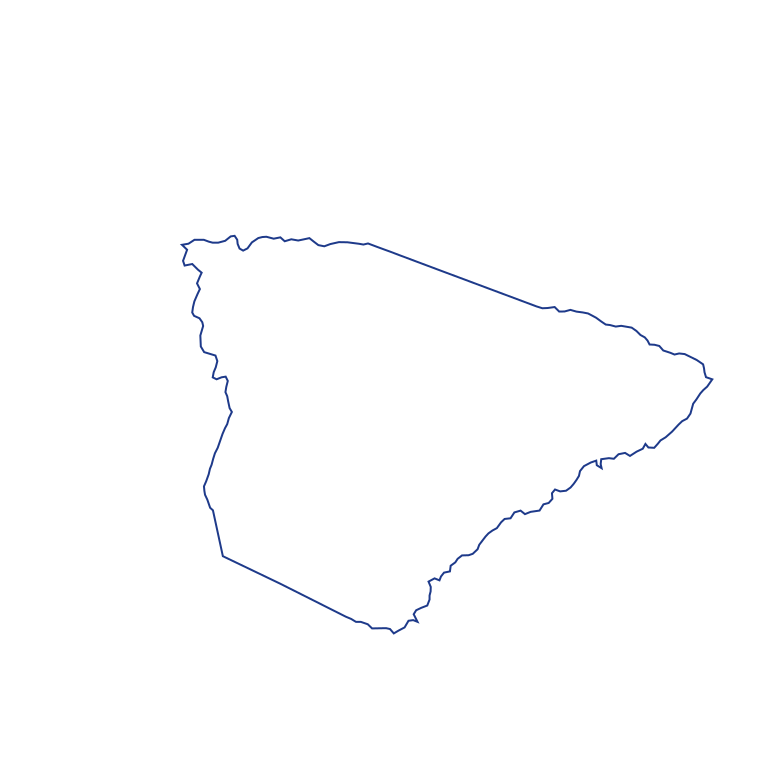 Buritirana, Maranhão, Brazil, rotated 44°
{"feature_id": "56859067B76423615647039", "entity_name": "Buritirana", "entity_type": "district", "adm_level": 2, "iso_a3": "BRA", "parent_name": "Brazil", "parent_adm1": "Maranhão", "projection": "natural_earth1", "projection_center": [-47.054, -5.512], "detail": "fine", "context": "isolated", "style": "outline", "palette": "blue", "viewbox_px": 768, "rotation_deg": 44, "n_neighbors": 0, "source": "geoboundaries", "source_scale": "gbopen_adm2", "svg_char_len": 2829}
<svg xmlns="http://www.w3.org/2000/svg" viewBox="0 0 768 768"><g transform="rotate(44 384 384)"><path d="M616.9,152.6L610.9,155.4L606.4,152.9L603.3,150.4L599.9,148.2L592.3,149.5L579.5,153.6L575.1,157.0L572.5,161.0L568.4,162.6L561.6,165.9L555.6,165.4L551.3,167.9L547.6,171.1L543.4,169.7L539.2,169.3L534.4,170.6L528.8,170.5L523.0,171.4L514.2,177.4L510.8,181.7L505.6,184.6L502.2,187.2L497.0,188.1L490.5,189.0L485.9,190.3L481.8,191.5L477.2,194.5L472.2,198.2L466.6,201.2L463.5,206.4L459.7,210.2L453.3,210.1L448.9,215.7L445.3,219.5L439.7,222.3L345.5,263.3L306.1,280.4L296.3,284.6L292.3,286.4L283.7,290.2L274.9,294.0L272.3,298.0L268.6,300.5L259.2,307.5L253.0,313.3L248.2,320.6L245.4,326.4L240.3,329.7L234.2,330.4L229.0,330.9L225.8,335.7L222.6,340.4L216.8,344.3L213.4,350.3L207.6,350.5L203.7,356.1L197.1,359.8L194.4,362.8L192.2,366.3L190.6,373.9L191.6,381.3L190.0,385.9L186.0,386.9L181.4,384.9L178.2,382.2L173.6,381.2L171.2,384.3L170.3,391.3L166.5,397.6L162.5,401.4L159.1,403.3L154.3,405.4L147.5,411.9L145.9,418.9L142.0,424.2L149.1,424.2L153.9,435.0L158.3,437.3L162.7,430.9L170.8,431.0L175.5,430.6L176.9,434.6L179.6,441.5L185.6,443.6L187.4,448.9L190.2,456.3L193.2,461.4L196.4,465.8L200.0,466.9L205.6,464.9L210.4,465.8L213.6,467.9L218.2,476.7L226.2,484.3L232.5,486.0L243.0,480.6L248.2,483.3L251.4,488.9L253.3,493.8L256.2,498.2L260.3,496.9L262.5,492.0L265.0,488.7L269.5,490.3L272.6,495.7L275.6,500.0L279.7,501.7L283.9,504.7L289.7,508.6L294.0,509.8L296.1,516.3L299.1,521.8L300.3,526.2L302.5,532.0L308.7,545.4L310.5,551.3L313.1,556.5L316.1,561.9L317.7,565.9L320.6,570.7L323.7,577.6L325.6,582.7L329.1,585.7L332.2,588.0L337.2,589.9L344.9,593.8L348.7,593.7L387.7,619.8L447.9,599.8L518.2,577.9L523.6,575.8L529.0,574.6L532.6,571.2L539.2,568.1L545.2,568.1L555.1,558.2L558.5,556.1L564.3,556.6L565.8,551.2L567.9,544.8L566.1,537.3L569.0,533.6L573.3,531.8L565.3,529.0L564.3,524.4L566.3,519.1L569.0,513.3L566.5,507.4L563.7,504.5L561.6,500.8L558.6,497.5L553.3,495.2L555.4,488.7L560.3,486.7L558.7,482.9L558.2,478.0L561.6,473.0L558.2,468.4L559.2,462.8L558.4,458.6L559.2,453.1L563.8,448.4L565.8,444.5L566.1,437.8L564.2,433.5L563.5,427.6L563.0,423.2L562.9,418.9L563.8,414.0L565.3,409.3L564.3,402.2L564.5,397.3L568.3,392.7L567.0,385.8L570.2,380.2L575.8,379.7L578.3,374.1L583.8,367.0L582.3,359.8L585.1,355.2L584.9,349.6L580.7,345.9L580.3,341.1L585.3,338.9L589.1,334.3L590.1,328.8L589.8,323.9L589.1,319.3L588.1,314.7L585.5,310.5L584.9,304.2L587.3,296.8L589.9,291.7L593.5,294.6L599.0,293.4L595.5,291.1L592.5,287.2L597.3,281.1L601.3,278.1L601.5,271.6L605.3,266.1L610.9,264.9L612.7,257.2L615.1,250.8L613.7,245.5L618.3,246.0L622.7,242.2L622.5,236.9L622.1,232.5L623.6,226.7L624.3,218.2L624.1,208.6L624.3,203.6L626.0,198.4L625.0,192.4L620.1,183.4L619.4,177.9L618.1,171.1L617.9,166.5L618.3,161.4L616.9,152.6Z" fill="none" stroke="#1e3a8a" stroke-width="2"/></g></svg>